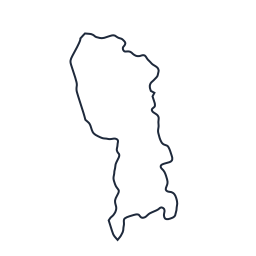 Arenoso, Duarte, Dominican Republic (orthographic projection), rotated 252°
{"feature_id": "3306468B79017025460716", "entity_name": "Arenoso", "entity_type": "district", "adm_level": 2, "iso_a3": "DOM", "parent_name": "Dominican Republic", "parent_adm1": "Duarte", "projection": "orthographic", "projection_center": [-69.786, 19.183], "detail": "fine", "context": "isolated", "style": "outline", "palette": "slate", "viewbox_px": 256, "rotation_deg": 252, "n_neighbors": 0, "source": "geoboundaries", "source_scale": "gbopen_adm2", "svg_char_len": 3837}
<svg xmlns="http://www.w3.org/2000/svg" viewBox="0 0 256 256"><g transform="rotate(252 128 128)"><path d="M24.8,83.5L26.7,86.5L27.5,87.6L29.0,89.2L30.5,90.7L32.3,91.9L34.7,92.9L37.4,94.3L38.6,94.7L40.9,95.3L41.9,95.8L42.4,96.1L42.8,96.7L43.1,97.3L43.2,97.9L43.5,99.3L43.6,102.2L43.5,106.8L43.3,109.0L42.9,110.3L42.6,110.8L42.3,111.3L41.8,111.6L39.5,112.5L38.7,113.1L38.1,114.1L37.9,115.2L37.9,116.5L38.2,117.7L39.7,121.0L40.1,122.4L40.4,124.6L40.9,129.7L41.3,131.7L42.1,133.7L42.2,134.7L42.1,135.3L41.8,135.8L41.1,136.6L40.1,137.2L39.5,137.3L38.9,137.3L37.7,137.1L34.7,135.5L33.5,135.1L32.3,135.0L31.7,135.0L30.5,135.3L30.0,135.7L29.6,136.2L29.3,136.8L28.9,138.1L28.8,140.2L28.9,142.3L29.1,143.6L29.6,144.9L30.0,145.4L30.4,145.9L31.4,146.5L34.9,148.7L37.3,149.7L40.7,151.4L42.8,151.9L44.3,152.1L46.5,152.2L48.7,152.1L50.1,151.8L50.8,151.6L52.0,151.0L52.9,150.2L53.7,149.3L55.0,146.7L55.6,145.9L56.5,145.2L57.5,144.9L58.1,145.0L59.2,145.5L62.1,147.8L63.3,148.5L64.7,149.0L67.0,149.3L70.9,149.4L73.2,149.3L74.8,149.1L76.9,148.5L79.3,147.3L80.4,147.1L80.9,147.1L81.5,147.3L82.0,147.6L82.4,148.1L82.8,149.3L82.9,151.4L82.7,156.6L82.8,157.9L83.0,158.6L83.3,159.2L83.7,159.8L84.2,160.2L84.8,160.5L86.1,160.9L88.2,161.0L92.8,161.0L95.0,160.9L97.1,160.6L98.4,160.2L98.9,159.8L99.3,159.5L101.0,157.3L101.8,156.5L102.9,155.9L103.5,155.6L105.0,155.3L106.5,155.1L108.8,155.0L112.7,155.2L114.2,155.3L115.7,155.6L117.0,156.1L119.8,157.5L121.0,157.9L124.2,158.7L127.5,160.1L128.7,160.4L130.0,160.3L131.2,159.9L132.3,159.2L135.3,156.8L136.4,156.3L137.5,156.2L138.0,156.3L138.4,156.6L138.8,157.0L139.0,157.4L139.9,159.6L140.2,160.0L140.7,160.4L141.2,160.6L141.8,160.8L143.2,161.1L147.7,161.1L150.5,161.1L153.3,164.0L156.2,161.2L158.9,161.2L160.2,161.4L161.5,161.8L162.6,162.5L163.5,163.3L164.2,164.3L165.5,167.2L167.5,170.9L168.2,171.9L169.1,172.6L172.1,174.4L173.2,174.9L174.5,175.0L175.8,174.8L177.0,174.2L178.1,173.4L180.7,171.2L181.8,170.5L184.2,169.4L186.9,168.0L188.1,167.6L190.4,167.0L191.5,166.5L191.9,166.1L192.3,165.6L192.7,164.5L192.8,163.3L192.8,161.4L193.3,159.5L193.6,158.9L194.2,157.9L195.5,156.6L197.2,155.4L198.2,154.9L198.7,154.6L199.9,153.5L200.5,152.5L200.8,151.9L201.5,149.2L201.7,148.7L202.1,148.2L202.6,147.9L203.1,147.7L204.2,147.5L205.3,147.7L205.8,147.9L206.3,148.2L206.6,148.6L207.7,150.3L208.4,151.0L209.3,151.6L209.8,151.7L210.9,151.6L211.9,151.2L213.3,150.5L214.3,149.9L214.7,149.5L215.1,149.1L216.4,147.2L217.2,146.3L218.0,145.6L219.8,144.2L220.1,143.8L220.7,142.7L221.0,141.4L221.1,139.3L221.1,133.4L221.3,132.0L221.6,130.6L222.4,128.9L224.3,125.9L225.1,125.1L226.5,124.2L227.4,123.5L228.6,122.1L229.2,121.0L231.2,116.3L230.2,114.4L227.9,110.4L226.9,110.0L225.8,109.3L223.7,107.5L220.7,104.6L213.8,97.4L211.8,95.5L210.1,94.3L208.9,93.8L207.5,93.5L205.5,93.4L192.3,93.4L187.6,93.2L186.1,93.0L184.6,92.6L182.0,91.4L180.5,90.9L179.0,90.6L177.4,90.5L173.3,90.4L155.9,90.3L152.7,90.2L149.0,90.0L145.8,91.9L144.6,92.5L144.0,92.7L142.0,93.0L137.2,93.0L135.1,93.2L133.8,93.6L133.2,93.9L131.5,95.0L129.5,96.9L127.6,98.9L126.3,100.5L125.6,101.7L124.6,104.1L123.4,106.3L123.0,107.4L122.7,108.7L122.3,111.2L121.9,112.4L121.6,112.9L120.9,113.8L120.4,114.1L119.9,114.4L119.3,114.5L118.8,114.5L117.8,114.1L116.3,113.3L114.0,112.3L111.9,111.1L110.8,110.6L110.2,110.5L109.0,110.5L107.9,110.7L106.0,111.4L105.4,111.4L104.9,111.3L104.3,111.1L103.8,110.8L102.8,110.1L98.9,106.3L97.3,105.0L96.1,104.4L93.8,103.3L91.1,101.7L88.7,100.7L86.0,99.2L84.8,98.7L83.4,98.4L82.1,98.3L78.6,98.3L76.5,98.5L75.3,98.8L72.6,99.7L72.1,99.8L71.6,99.9L71.0,99.8L70.5,99.6L69.9,99.3L68.9,98.5L65.1,94.7L63.4,93.5L62.8,93.2L61.5,92.8L60.2,92.6L56.8,92.4L55.5,92.1L54.3,91.6L53.2,90.9L51.7,89.7L50.9,88.7L50.1,87.7L49.4,86.6L48.1,83.7L47.3,82.6L46.1,81.1L35.4,81.0L31.6,81.1L30.1,81.4L28.8,81.8L24.8,83.5Z" fill="none" stroke="#1e293b" stroke-width="2"/></g></svg>